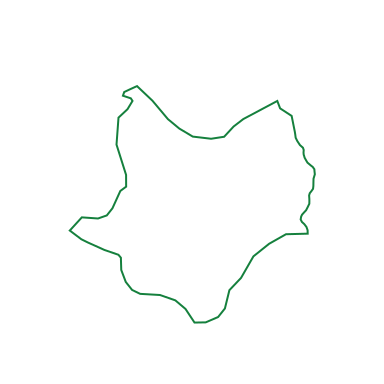 Masis, Ararat, Armenia (Natural Earth projection), rotated 239°
{"feature_id": "60910142B5902615753195", "entity_name": "Masis", "entity_type": "district", "adm_level": 2, "iso_a3": "ARM", "parent_name": "Armenia", "parent_adm1": "Ararat", "projection": "natural_earth1", "projection_center": [44.401, 40.079], "detail": "fine", "context": "isolated", "style": "outline", "palette": "green", "viewbox_px": 384, "rotation_deg": 239, "n_neighbors": 0, "source": "geoboundaries", "source_scale": "gbopen_adm2", "svg_char_len": 1224}
<svg xmlns="http://www.w3.org/2000/svg" viewBox="0 0 384 384"><g transform="rotate(239 192 192)"><path d="M96.7,269.7L99.7,271.4L103.1,272.1L106.7,271.7L109.7,270.8L112.5,271.0L114.7,272.9L115.9,274.7L116.8,277.6L117.6,280.4L119.4,283.3L121.5,286.5L123.7,287.9L125.6,289.0L128.7,290.6L130.3,292.3L131.2,294.7L132.4,297.4L134.6,299.1L137.8,301.1L140.8,303.0L143.9,306.4L146.5,307.6L148.5,308.6L151.3,308.4L153.6,307.5L157.7,306.1L160.2,306.1L163.4,306.2L165.6,306.8L166.3,306.9L168.2,307.8L170.5,309.4L172.8,309.9L176.6,308.7L181.4,308.5L185.1,308.8L188.3,310.2L190.8,311.2L195.3,312.8L205.9,316.6L218.3,310.6L226.1,312.0L228.1,273.5L226.7,261.4L222.8,248.0L227.8,235.8L239.1,221.2L252.9,213.8L266.8,208.9L290.7,205.1L311.1,199.4L312.0,191.4L312.6,185.4L310.1,182.4L303.8,187.8L300.7,187.9L296.2,179.4L293.6,167.3L271.5,151.7L240.6,144.3L230.5,138.3L229.8,131.1L219.0,115.4L215.8,106.9L217.7,97.8L227.0,84.5L221.9,67.4L208.5,72.8L202.4,76.7L187.4,87.1L176.1,96.6L172.3,97.2L161.6,91.2L149.0,88.9L138.9,90.2L131.4,95.1L120.2,111.5L107.7,121.9L95.1,126.2L78.8,126.9L73.2,136.6L71.4,150.0L75.2,160.2L88.6,173.5L93.1,189.8L105.2,211.5L107.9,231.4L107.4,250.8L96.7,269.7Z" fill="none" stroke="#15803d" stroke-width="2"/></g></svg>